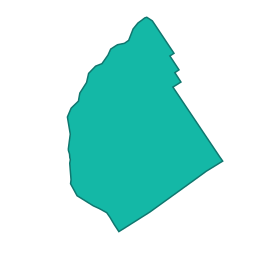 Columbia, Oregon, United States of America, rotated 236°
{"feature_id": "52423323B32513162677446", "entity_name": "Columbia", "entity_type": "district", "adm_level": 2, "iso_a3": "USA", "parent_name": "United States of America", "parent_adm1": "Oregon", "projection": "natural_earth1", "projection_center": [-123.003, 45.955], "detail": "fine", "context": "isolated", "style": "filled", "palette": "teal", "viewbox_px": 256, "rotation_deg": 236, "n_neighbors": 0, "source": "geoboundaries", "source_scale": "gbopen_adm2", "svg_char_len": 738}
<svg xmlns="http://www.w3.org/2000/svg" viewBox="0 0 256 256"><g transform="rotate(236 128 128)"><path d="M164.2,207.9L203.2,208.1L209.3,205.5L209.9,203.5L209.6,198.0L209.5,195.0L207.3,187.7L200.3,177.6L200.2,172.4L202.9,165.9L203.0,163.7L203.1,157.8L199.6,152.1L195.9,142.4L197.4,135.7L195.3,125.9L188.9,119.1L183.9,107.6L178.0,101.9L176.5,93.5L176.2,91.9L171.0,83.9L155.2,76.7L144.0,66.8L142.6,66.0L139.2,65.0L136.0,63.2L134.0,62.5L131.4,60.0L116.9,51.8L113.9,49.2L100.3,47.9L87.8,53.5L82.9,55.7L77.5,59.0L69.7,63.0L64.1,63.1L55.6,62.6L47.2,62.5L46.1,99.0L48.0,158.4L48.4,168.5L47.6,188.0L53.3,187.9L136.8,188.1L136.5,197.6L147.7,197.8L147.7,202.8L164.3,203.0L164.2,207.9Z" fill="#14b8a6" stroke="#0f766e" stroke-width="1.5"/></g></svg>